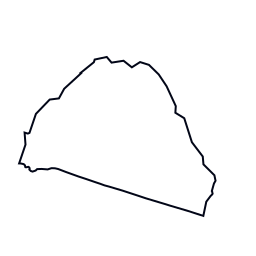 outline of Polk, North Carolina, United States of America, rotated 15°
{"feature_id": "52423323B70248035417131", "entity_name": "Polk", "entity_type": "district", "adm_level": 2, "iso_a3": "USA", "parent_name": "United States of America", "parent_adm1": "North Carolina", "projection": "robinson", "projection_center": [-82.192, 35.297], "detail": "fine", "context": "isolated", "style": "outline", "palette": "ink", "viewbox_px": 256, "rotation_deg": 15, "n_neighbors": 0, "source": "geoboundaries", "source_scale": "gbopen_adm2", "svg_char_len": 1081}
<svg xmlns="http://www.w3.org/2000/svg" viewBox="0 0 256 256"><g transform="rotate(15 128 128)"><path d="M100.6,188.1L110.8,188.8L115.8,189.1L120.1,189.5L124.7,189.5L139.0,189.9L155.3,190.8L163.6,191.3L184.1,191.9L188.4,192.1L207.5,192.6L223.5,193.4L222.7,178.9L225.5,172.0L226.1,171.1L226.6,170.1L226.7,169.7L226.6,169.2L226.2,168.7L225.9,167.9L225.3,167.2L225.4,159.2L225.5,159.0L226.2,156.3L223.7,151.3L210.3,143.6L207.6,136.2L193.4,125.2L179.8,104.0L169.8,101.0L168.5,94.5L154.5,77.7L143.8,68.3L131.9,61.6L122.6,61.2L116.0,68.4L106.3,64.2L95.2,69.1L89.1,64.9L78.1,70.5L78.0,73.3L68.2,86.7L68.4,86.7L68.7,87.0L56.2,106.6L53.6,117.3L45.0,120.8L35.4,138.2L34.1,158.2L32.7,159.3L31.7,159.3L29.3,159.2L33.3,170.6L33.2,171.9L32.0,190.4L33.8,190.0L36.6,189.9L38.2,190.8L38.8,192.2L39.1,192.4L39.8,192.3L41.8,191.3L42.3,191.4L43.4,192.3L43.5,193.7L45.3,194.7L47.1,194.8L49.8,193.0L50.8,191.3L51.3,191.1L55.2,189.9L61.1,188.8L64.5,186.6L67.5,185.9L68.3,185.8L71.2,185.7L79.9,186.6L93.2,187.7L93.4,187.7L100.5,188.1L100.6,188.1Z" fill="none" stroke="#020617" stroke-width="2"/></g></svg>